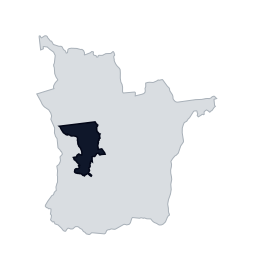 Maniema on a map of Democratic Republic of the Congo (Robinson projection), rotated 173°
{"feature_id": "COD-1895", "entity_name": "Maniema", "entity_type": "Province", "adm_level": 1, "iso_a3": "COD", "parent_name": "Democratic Republic of the Congo", "parent_adm1": "", "projection": "robinson", "projection_center": [26.456, -2.545], "detail": "fine", "context": "in_parent", "style": "filled", "palette": "ink", "viewbox_px": 256, "rotation_deg": 173, "n_neighbors": 0, "source": "natural_earth", "source_scale": "10m", "svg_char_len": 8315}
<svg xmlns="http://www.w3.org/2000/svg" viewBox="0 0 256 256"><g transform="rotate(173 128 128)"><path d="M214.4,172.9L196.7,176.1L197.0,177.2L196.8,178.4L196.4,179.4L194.6,181.9L191.9,184.2L191.9,184.7L193.2,187.3L194.1,190.8L193.8,196.9L194.2,198.6L194.1,199.9L193.2,201.3L191.4,208.8L192.6,212.4L196.1,215.7L198.2,218.2L201.6,219.1L202.2,219.0L202.4,216.9L205.2,216.1L205.1,229.3L204.9,230.1L204.4,230.2L203.7,229.8L203.5,228.5L202.8,228.0L199.5,229.6L198.6,229.6L197.7,229.3L197.0,228.6L196.8,227.6L194.4,223.8L193.3,223.5L191.9,220.0L186.6,217.5L184.6,217.3L183.5,216.5L182.5,213.8L180.7,212.0L180.3,210.1L180.0,209.8L178.9,210.2L178.0,213.3L176.8,214.0L174.6,214.1L169.1,213.2L165.2,211.6L164.2,211.7L162.7,210.3L162.0,207.9L162.4,206.1L162.1,205.8L156.1,207.3L154.7,208.3L153.4,208.0L153.0,207.5L153.5,206.3L153.2,204.9L152.8,204.3L151.0,203.8L150.5,202.3L149.4,202.1L149.1,202.3L148.8,203.3L148.1,203.7L144.6,203.2L140.9,204.5L136.0,204.1L133.6,205.7L133.3,205.6L132.8,204.8L132.3,202.3L132.5,201.6L133.3,201.1L133.5,200.1L133.3,197.5L133.5,196.9L133.2,195.4L132.4,193.0L131.4,191.1L129.2,188.2L128.7,186.8L128.9,183.5L129.6,178.4L129.5,174.5L128.6,172.0L128.4,169.3L129.0,164.5L128.4,163.3L117.1,162.9L116.6,162.6L116.4,161.9L116.9,159.0L110.1,159.8L108.0,160.3L106.7,161.5L106.3,163.0L106.3,165.1L105.3,167.1L105.0,170.4L103.1,170.8L101.2,170.8L97.5,170.1L94.0,171.1L92.2,172.0L91.3,171.6L88.1,171.9L87.7,171.6L84.0,164.9L82.3,162.7L82.0,161.6L82.1,160.6L81.7,159.2L80.0,155.8L79.6,154.2L79.7,151.7L79.5,150.8L78.0,148.6L76.9,147.9L75.8,147.6L57.4,147.9L51.3,147.4L46.9,147.7L44.6,147.5L44.0,147.2L42.0,147.7L40.9,148.6L39.3,149.1L38.3,148.9L36.4,146.4L39.0,146.0L39.2,145.7L39.3,139.7L38.6,138.9L40.0,137.9L42.3,135.3L44.4,134.3L44.7,133.8L45.2,133.8L46.0,134.9L47.9,136.4L50.2,135.1L50.5,134.7L50.8,132.2L51.4,132.0L52.4,132.5L52.9,132.5L53.9,131.8L56.9,130.5L57.8,132.1L57.0,133.6L57.4,134.7L57.5,136.3L57.9,136.7L60.3,136.8L61.0,136.4L65.7,130.6L66.9,129.9L68.9,127.6L71.5,126.5L72.6,124.7L74.1,121.4L74.8,116.7L74.5,108.5L74.7,107.4L77.9,103.7L81.1,97.0L83.3,95.2L84.9,94.5L87.5,92.1L89.5,89.6L89.2,86.7L89.7,84.2L90.8,81.1L91.1,77.8L90.8,74.3L90.9,71.5L92.4,66.9L92.6,61.7L93.9,57.3L96.6,51.8L97.9,47.6L97.7,43.6L98.0,40.6L97.9,38.8L97.4,37.3L97.7,36.3L98.7,35.9L99.9,34.4L102.2,30.3L104.7,28.4L106.4,27.8L108.2,27.8L109.3,28.2L111.2,29.8L113.4,31.0L115.0,32.6L116.5,35.0L120.4,35.6L122.0,36.4L123.0,36.8L123.4,36.5L124.2,36.7L126.0,37.4L127.4,37.0L134.5,38.6L135.3,37.8L137.2,33.6L138.7,32.2L141.1,32.0L143.0,32.8L144.0,32.8L152.7,29.2L153.8,29.1L157.0,29.9L159.0,29.3L159.9,29.5L161.6,28.9L163.1,26.4L164.3,25.8L176.8,28.5L178.7,27.2L179.6,27.0L182.3,28.0L183.2,29.5L184.9,30.8L186.0,33.0L187.9,34.3L188.8,35.4L189.9,36.2L192.2,36.5L195.1,34.6L197.1,34.7L199.2,35.8L199.9,35.8L201.4,34.6L202.2,33.4L203.0,33.1L204.2,33.7L205.2,34.8L206.1,36.5L209.2,40.3L212.2,41.8L213.0,44.2L214.0,43.9L214.6,44.2L215.4,45.6L215.9,45.9L216.0,46.5L215.3,47.9L214.6,50.5L215.5,52.1L214.7,54.5L214.3,56.9L215.3,57.5L216.6,57.5L217.7,58.7L218.6,58.9L219.6,60.3L219.4,61.4L216.4,65.3L211.9,70.1L210.4,70.7L209.7,71.6L209.1,73.0L207.8,74.2L206.8,74.7L206.7,78.2L205.2,81.8L204.6,82.6L203.8,88.5L204.0,89.5L203.1,94.3L203.3,98.8L201.1,100.2L199.6,102.4L199.0,103.9L199.0,107.6L196.5,109.8L196.3,110.3L197.0,112.9L197.8,113.3L197.9,114.1L199.9,116.9L199.7,125.4L199.8,126.3L200.9,128.3L201.6,132.1L200.8,137.0L203.5,146.0L202.3,149.3L202.9,152.4L204.5,155.7L208.3,159.0L209.3,160.3L210.3,162.1L211.2,164.9L214.4,172.9Z" fill="#d9dde1" stroke="#a8b0b8" stroke-width="1"/><path d="M156.7,110.5L156.4,110.3L156.2,109.9L155.2,108.0L154.4,106.6L154.2,106.2L154.1,105.6L153.9,104.8L157.7,105.0L158.2,104.8L159.1,104.7L159.3,104.7L159.4,104.8L159.9,105.3L159.9,105.7L159.9,105.8L159.8,106.0L159.7,106.1L159.8,106.3L160.1,106.5L160.3,106.5L160.6,106.6L161.0,106.6L161.5,106.6L162.0,106.5L162.3,106.4L162.4,106.2L164.0,104.3L164.3,104.0L164.4,103.9L164.6,103.9L164.8,103.8L165.0,103.8L165.6,104.0L165.9,104.1L166.1,104.1L166.6,103.9L167.0,103.9L167.3,103.5L167.3,103.2L167.3,102.3L167.4,102.1L167.5,101.4L167.5,101.1L167.5,100.7L167.5,99.3L167.5,98.8L167.8,99.1L167.9,99.4L168.0,99.5L168.2,99.8L168.6,99.9L168.8,99.9L169.0,99.7L169.2,99.3L169.2,99.2L169.1,98.9L169.4,98.6L169.5,98.5L169.5,98.3L169.6,98.0L169.5,97.8L169.5,97.7L170.0,97.4L170.0,97.1L170.2,96.9L170.2,96.4L170.2,96.2L170.3,96.0L170.4,95.9L170.2,95.5L170.2,95.4L170.3,94.5L170.4,94.2L170.5,94.0L171.2,93.6L171.5,93.4L171.6,93.2L171.7,92.8L171.4,90.6L171.4,90.3L171.5,90.2L171.7,89.9L172.5,89.0L172.6,88.9L172.7,88.7L172.7,88.4L172.4,87.9L171.3,87.1L170.9,86.6L170.5,86.1L170.0,85.7L169.9,85.5L169.9,85.3L170.2,84.9L170.3,84.7L170.5,84.6L170.7,84.8L170.8,85.0L171.1,85.1L171.4,85.4L171.5,85.6L171.8,85.7L172.1,86.3L172.3,86.4L172.3,86.5L172.6,86.8L172.9,86.9L173.0,87.3L173.2,87.6L173.3,87.7L173.5,87.7L174.2,87.6L174.3,87.6L174.6,87.4L175.0,87.0L175.6,87.0L176.4,86.4L176.7,86.5L176.8,86.4L176.9,86.1L176.9,85.9L177.0,85.8L177.3,86.1L177.6,86.1L177.9,86.3L178.0,86.5L178.4,86.5L178.5,86.5L178.9,86.9L179.0,87.0L179.1,87.3L179.2,87.5L179.3,87.7L179.6,87.8L179.7,88.1L179.8,88.1L180.1,88.3L180.6,88.4L181.3,88.5L181.6,88.6L181.8,88.9L181.9,89.0L182.0,89.1L182.4,89.1L182.9,88.9L183.1,88.9L183.2,89.0L183.3,89.2L183.4,89.3L183.9,89.3L184.2,89.3L184.9,89.7L185.3,89.8L185.5,89.8L186.3,90.7L186.4,91.1L186.2,91.8L186.0,92.5L185.9,93.0L185.1,93.7L184.9,93.7L184.8,93.8L184.3,93.8L183.8,93.9L183.7,93.8L183.6,93.7L183.4,93.5L183.0,93.6L182.8,93.6L182.7,93.6L182.2,94.0L181.9,93.9L181.8,94.0L181.5,94.2L181.2,94.4L181.1,94.5L181.1,94.9L181.0,95.3L181.2,95.6L181.3,95.9L181.5,96.1L181.7,96.3L181.7,96.6L181.3,96.5L181.2,96.6L180.9,96.4L180.8,96.5L180.7,96.7L180.5,96.8L180.6,97.2L180.8,97.6L182.8,100.2L183.3,101.1L183.5,101.4L183.6,101.6L184.3,102.2L184.7,102.7L184.8,102.9L185.2,103.1L185.3,103.3L185.4,103.7L185.4,104.5L185.8,105.4L182.7,105.6L182.4,105.7L182.3,105.9L182.3,106.4L182.1,106.8L181.8,107.1L181.6,107.4L181.1,107.6L180.9,107.8L180.4,107.9L180.2,108.1L180.0,107.9L179.9,107.9L179.8,108.0L179.7,108.0L179.6,107.9L179.5,107.7L179.2,107.7L178.8,107.3L178.7,107.2L178.3,107.1L178.0,107.1L177.7,107.0L177.4,106.8L177.2,106.8L177.0,107.3L176.8,108.7L176.8,110.3L176.8,110.5L176.9,111.1L177.4,113.0L177.6,113.5L177.7,114.2L177.8,114.3L178.0,114.5L178.5,115.2L178.9,115.7L179.1,116.1L179.0,116.5L179.1,116.9L179.2,117.0L179.3,117.1L179.4,117.3L179.5,117.5L179.4,117.8L179.4,118.0L179.6,118.1L179.6,118.4L179.6,118.6L179.6,119.1L179.7,119.3L179.7,119.5L179.3,120.0L179.4,120.3L179.4,120.5L179.5,120.6L179.6,121.0L179.6,121.4L179.7,121.7L179.3,124.0L179.3,124.3L179.4,124.5L179.5,124.7L179.7,125.1L180.0,125.6L180.2,125.8L180.4,125.9L181.7,126.4L182.4,126.7L183.2,126.9L184.8,126.9L185.2,127.0L185.5,127.1L185.9,127.4L186.5,128.0L186.8,128.2L187.2,128.4L188.0,128.7L188.4,128.6L188.3,129.0L188.5,129.2L189.0,129.4L189.2,129.1L189.3,128.9L189.6,128.7L189.8,128.7L190.0,128.8L190.4,129.1L190.9,129.5L191.3,130.1L191.5,130.2L192.5,131.0L192.8,131.4L194.0,133.9L194.4,134.7L195.2,137.1L195.3,137.4L195.5,137.6L196.0,138.1L160.2,138.1L159.8,138.0L159.4,137.0L159.3,136.8L159.3,136.5L159.1,136.3L158.9,135.9L158.6,135.7L158.3,135.4L158.1,134.8L157.9,134.7L158.0,134.6L157.8,134.3L157.9,134.2L158.0,133.7L158.4,133.3L158.5,133.3L158.5,133.2L158.9,132.6L159.3,132.2L159.1,131.5L159.2,130.6L159.3,130.3L159.4,130.1L159.2,129.8L159.2,129.5L159.2,129.4L159.3,129.1L159.1,128.8L159.1,128.7L159.2,128.4L159.0,128.2L159.0,127.8L158.8,127.5L158.7,127.5L158.2,127.3L158.2,126.9L157.9,126.5L157.8,126.2L157.6,126.3L157.4,126.0L157.4,125.8L157.3,125.6L157.5,125.5L157.4,125.4L157.0,125.4L156.9,125.4L157.0,125.3L157.1,125.2L156.9,125.1L156.7,124.7L156.8,124.6L157.0,124.2L157.3,123.8L157.3,123.4L157.1,122.7L157.0,122.3L157.1,122.2L157.3,122.2L157.3,121.9L157.2,121.5L157.1,121.3L157.3,121.2L157.5,121.2L157.7,120.8L157.8,120.8L157.9,120.4L158.1,120.3L158.3,120.3L158.3,120.2L158.3,119.3L158.4,119.2L158.5,119.2L158.9,119.1L158.9,118.7L159.1,118.5L159.3,118.0L159.4,117.8L159.3,117.5L159.4,117.3L159.2,117.2L159.3,117.0L159.5,117.1L159.6,116.9L159.4,116.7L159.4,116.3L159.5,116.1L159.6,115.9L159.8,115.4L159.9,114.9L160.3,114.1L160.3,113.9L160.3,113.7L160.1,113.0L160.1,112.2L160.0,111.8L160.1,111.3L160.2,110.3L156.7,110.5Z" fill="#0f172a" stroke="#020617" stroke-width="1.5"/></g></svg>